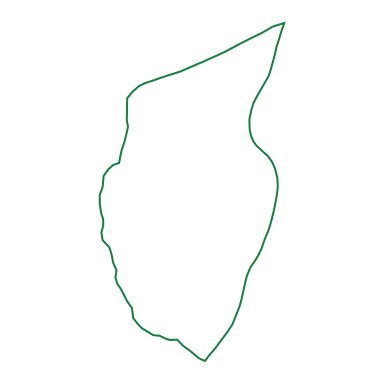 Salinas da Margarida, Bahia, Brazil (Equal Earth projection)
{"feature_id": "56859067B93728767984318", "entity_name": "Salinas da Margarida", "entity_type": "district", "adm_level": 2, "iso_a3": "BRA", "parent_name": "Brazil", "parent_adm1": "Bahia", "projection": "equal_earth", "projection_center": [-38.755, -12.884], "detail": "fine", "context": "isolated", "style": "outline", "palette": "green", "viewbox_px": 384, "rotation_deg": 0, "n_neighbors": 0, "source": "geoboundaries", "source_scale": "gbopen_adm2", "svg_char_len": 1332}
<svg xmlns="http://www.w3.org/2000/svg" viewBox="0 0 384 384"><path d="M284.3,23.0L273.0,26.5L261.1,33.3L250.3,38.5L238.1,44.8L226.5,51.0L216.6,55.7L210.2,58.4L204.2,61.3L196.7,64.4L188.5,68.0L180.3,71.5L171.2,74.4L161.0,77.7L152.3,80.8L145.1,83.1L138.7,86.3L132.5,91.8L127.2,98.2L126.8,120.4L128.0,126.5L126.5,133.6L124.6,141.3L121.3,151.4L119.1,162.9L113.1,165.0L108.2,169.5L103.6,176.0L102.7,186.7L99.7,195.1L99.8,204.0L101.2,213.3L103.2,219.4L103.2,225.5L101.4,232.7L102.7,240.3L109.3,247.3L111.5,254.1L113.1,262.5L116.5,270.5L115.4,277.4L117.4,284.0L120.6,288.5L124.2,295.3L127.0,301.1L132.0,308.2L133.2,318.1L138.5,324.9L142.1,328.4L147.1,331.4L153.3,335.2L159.8,335.8L164.1,338.0L169.6,340.0L177.2,339.7L183.4,346.1L189.2,350.1L198.7,358.1L204.9,361.0L209.9,354.4L214.9,348.7L219.7,342.3L228.1,331.0L232.4,324.3L235.8,315.9L239.6,306.3L241.4,299.8L244.6,285.3L246.9,275.8L250.6,267.0L255.1,260.6L258.2,255.5L261.3,249.1L264.7,239.4L268.7,229.7L270.9,222.3L272.8,215.0L274.5,207.5L276.2,198.8L277.3,192.1L277.8,186.1L277.3,177.7L275.1,168.9L272.1,161.9L267.8,156.1L261.8,150.6L256.3,145.5L253.2,141.0L250.8,135.2L249.6,128.7L249.4,119.2L251.5,109.4L253.6,102.7L257.3,95.7L264.4,83.4L269.0,75.3L271.1,68.3L273.3,60.3L275.0,53.9L276.6,46.7L279.0,39.3L281.2,31.9L284.3,23.0Z" fill="none" stroke="#15803d" stroke-width="2"/></svg>